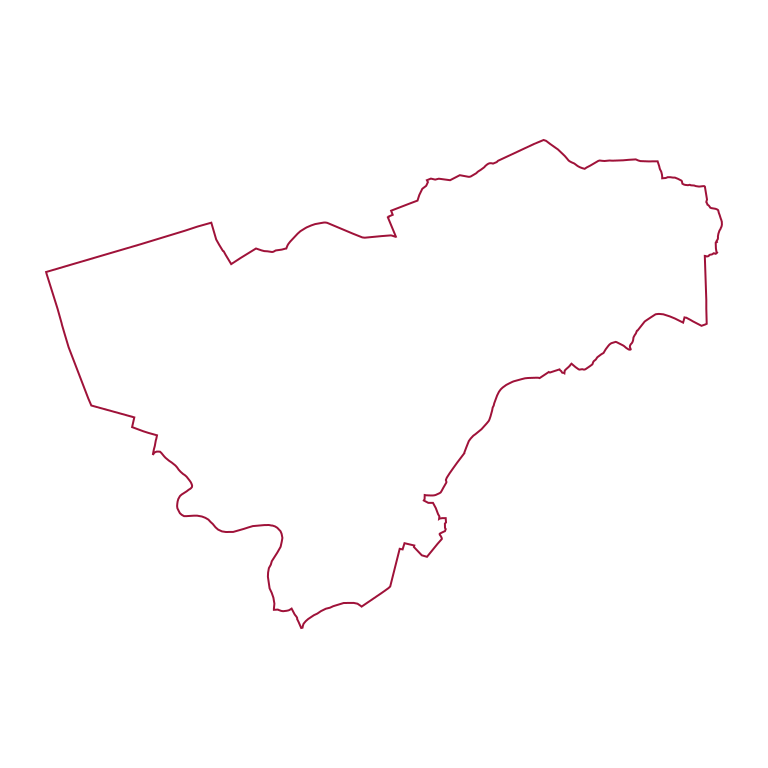 Mediesu Aurit, Satu Mare, Romania
{"feature_id": "2599482B60738001059881", "entity_name": "Mediesu Aurit", "entity_type": "district", "adm_level": 2, "iso_a3": "ROU", "parent_name": "Romania", "parent_adm1": "Satu Mare", "projection": "albers", "projection_center": [23.173, 47.794], "detail": "fine", "context": "isolated", "style": "outline", "palette": "rose", "viewbox_px": 768, "rotation_deg": 0, "n_neighbors": 0, "source": "geoboundaries", "source_scale": "gbopen_adm2", "svg_char_len": 6105}
<svg xmlns="http://www.w3.org/2000/svg" viewBox="0 0 768 768"><path d="M361.6,606.6L381.9,592.8L388.5,588.1L390.2,586.5L399.7,548.8L402.6,549.4L404.5,543.2L414.3,545.5L413.9,547.0L421.8,555.3L427.0,556.8L437.5,543.9L441.8,539.0L441.8,538.3L441.7,538.0L441.1,536.7L440.5,535.7L439.9,534.9L439.7,534.5L439.7,533.8L439.9,533.6L441.6,532.7L444.3,531.4L444.9,531.2L445.7,529.2L445.6,528.8L445.0,527.9L444.9,523.6L446.0,522.4L445.7,518.1L442.6,518.1L439.7,518.5L439.1,518.9L439.4,516.4L438.1,514.2L435.8,508.1L433.0,502.9L428.7,502.9L428.2,502.8L423.8,500.5L424.6,499.1L424.7,495.0L426.4,495.3L431.4,495.5L433.8,495.4L435.6,495.0L439.5,493.2L440.7,492.4L441.8,490.6L443.3,487.8L446.3,482.6L446.4,482.2L446.3,481.3L445.9,480.2L445.9,479.9L446.8,477.7L449.6,473.3L453.1,468.3L457.2,462.6L464.4,453.1L464.3,452.7L466.3,447.4L468.8,441.1L469.3,440.4L470.7,438.5L473.3,435.7L475.4,434.2L481.5,429.2L486.8,423.3L488.7,421.0L489.4,419.6L490.5,416.4L492.1,410.6L492.7,407.5L493.7,405.6L494.2,403.4L497.1,395.5L498.9,391.9L499.6,390.9L500.8,389.3L502.7,387.5L506.3,384.9L509.2,383.4L512.5,381.8L513.8,381.3L521.8,379.1L525.0,378.3L528.0,378.0L536.9,377.7L538.6,377.8L539.6,378.1L548.8,372.0L549.4,372.4L550.0,372.5L559.5,369.4L559.8,370.0L561.2,371.1L562.1,372.6L562.7,372.8L563.7,372.8L564.4,373.3L564.8,370.5L566.3,369.0L568.9,366.7L569.3,366.2L570.1,365.5L570.4,364.8L571.5,363.7L575.5,367.1L578.6,369.3L579.4,369.6L582.2,369.2L583.9,369.6L584.8,369.5L585.8,369.0L589.9,366.2L592.2,364.5L592.4,364.3L593.2,362.1L593.6,361.4L594.2,360.8L595.5,359.8L595.9,359.4L596.8,358.0L597.4,357.2L601.4,354.2L603.5,353.0L605.7,349.3L608.2,346.0L609.5,344.5L611.3,343.2L615.6,341.9L616.5,342.1L623.0,345.4L624.1,346.1L626.3,348.0L628.7,349.5L629.9,349.7L630.6,349.5L630.7,349.4L630.6,348.9L629.9,347.1L629.9,346.4L630.1,345.5L630.8,344.2L631.8,343.2L632.6,341.8L633.1,340.2L633.5,337.4L634.6,335.3L635.9,333.4L636.8,331.0L637.0,330.7L637.5,330.6L644.7,321.5L646.1,320.5L650.9,317.3L655.4,314.4L656.0,314.2L658.9,313.9L663.3,314.3L669.8,316.4L674.9,318.5L683.1,322.6L684.5,317.5L684.9,317.7L685.4,317.6L686.3,317.7L690.6,320.0L693.0,321.4L701.5,325.8L705.2,324.5L706.7,323.8L706.3,308.5L706.3,300.0L704.8,255.9L705.6,256.0L706.8,256.5L708.1,256.2L708.5,256.1L709.2,255.2L709.8,254.8L710.7,254.6L711.0,254.6L712.2,254.3L713.0,253.8L713.5,253.3L714.6,253.4L715.3,253.8L715.9,253.7L716.8,253.0L717.1,252.5L716.5,252.1L715.9,248.3L715.7,242.7L715.9,242.3L716.7,242.2L717.0,242.0L716.6,241.1L716.7,240.7L717.7,239.4L717.8,238.7L718.0,238.0L717.9,236.6L718.4,233.7L719.5,230.5L720.4,229.1L720.9,227.8L721.5,226.6L721.9,224.7L721.8,221.6L721.5,220.9L721.4,220.2L720.8,218.7L719.6,214.9L718.8,212.8L718.2,210.3L717.7,209.8L716.8,209.3L715.5,208.8L711.3,208.1L710.2,207.6L709.6,206.6L708.9,205.7L708.2,205.1L707.4,204.6L707.1,203.3L706.5,202.6L706.3,202.0L707.0,199.5L704.9,186.7L704.4,186.2L703.4,186.1L700.0,186.5L698.5,186.5L695.8,186.1L694.1,185.5L690.9,185.3L689.8,184.8L688.0,185.2L685.2,184.9L683.8,184.5L682.4,183.7L682.0,181.7L681.8,181.1L681.4,180.6L677.9,178.8L674.9,177.6L673.0,177.6L670.3,177.2L667.6,177.2L667.0,177.5L665.7,178.0L662.2,178.3L662.2,176.8L662.0,174.8L661.6,173.1L661.2,171.6L660.7,170.6L660.0,169.3L659.6,168.0L659.2,166.2L657.6,161.3L648.5,161.4L640.5,161.1L638.3,160.5L635.8,159.4L628.9,159.8L623.2,160.3L612.3,160.7L609.6,160.5L604.5,161.0L602.0,160.8L599.7,160.5L598.3,160.9L590.1,165.7L586.6,167.5L584.7,168.8L582.4,168.2L579.8,167.2L577.6,166.0L574.3,163.5L571.5,162.3L569.5,161.2L568.5,160.4L566.7,158.2L564.7,155.9L557.9,149.4L556.0,148.1L550.2,144.0L546.0,140.8L543.6,140.0L534.2,143.9L498.0,160.8L496.7,162.1L493.0,163.6L492.0,163.3L490.6,163.2L489.4,163.3L488.2,163.8L487.1,164.5L485.3,166.0L484.4,167.1L483.4,167.9L480.5,170.0L478.4,171.3L477.4,172.1L476.3,173.2L470.7,176.5L469.4,176.8L468.5,176.8L459.8,175.2L450.1,180.2L438.8,178.7L435.2,179.6L430.9,178.6L426.9,180.2L427.9,182.1L426.2,185.8L422.3,188.8L419.3,195.0L417.5,200.6L409.5,203.6L391.1,210.7L392.7,214.8L388.5,216.6L388.6,217.1L387.9,217.4L395.9,236.7L395.6,236.8L391.6,235.5L390.6,235.4L381.6,236.1L364.7,237.7L362.3,237.4L353.0,233.7L327.1,222.8L325.2,222.5L324.2,222.5L321.2,223.0L315.1,224.1L311.3,225.4L306.6,227.4L304.9,228.4L300.4,231.2L297.6,233.7L290.2,241.6L288.4,243.9L287.9,244.8L287.5,245.4L286.3,248.5L285.9,248.5L281.8,249.6L276.1,250.4L275.6,250.5L273.5,251.7L272.1,252.0L267.4,251.3L264.3,251.1L261.6,250.4L256.0,248.5L240.4,258.1L231.2,264.1L225.6,254.8L223.7,251.3L223.3,251.0L222.9,250.9L219.3,245.0L216.2,239.5L211.3,222.7L197.4,226.6L185.0,230.7L140.4,244.3L46.1,272.0L46.6,273.9L55.5,302.2L57.6,308.9L61.7,323.5L61.9,324.6L64.6,333.8L68.6,347.2L88.3,398.5L91.3,405.5L134.3,417.4L132.1,427.1L143.4,431.3L148.4,432.9L157.0,435.3L156.3,438.8L155.8,440.4L154.8,446.0L153.9,449.3L152.8,454.9L154.5,452.5L156.7,451.6L158.4,451.6L160.0,451.7L161.4,453.0L164.1,456.3L165.5,457.8L169.0,460.7L171.8,462.6L175.4,465.5L177.1,467.4L178.6,469.6L180.6,471.8L183.1,474.0L184.8,475.1L186.6,476.7L189.5,480.4L190.7,482.1L191.4,483.5L192.1,485.4L192.0,486.9L191.1,488.1L190.1,488.9L188.6,489.8L186.7,491.3L181.7,494.5L180.0,496.0L178.3,499.0L177.6,501.5L177.3,503.7L177.1,506.1L177.4,508.3L178.8,511.1L179.9,513.2L181.7,514.8L184.0,516.1L187.0,516.1L193.4,515.7L197.3,515.7L201.9,516.5L205.3,517.8L208.4,519.6L210.6,522.0L212.8,524.0L215.5,527.3L218.1,529.6L222.0,531.4L225.9,532.0L233.3,531.9L243.8,528.9L248.1,527.5L252.8,526.1L264.1,525.1L268.9,525.0L271.4,525.5L272.3,525.5L275.0,526.4L277.3,527.8L280.5,531.2L281.6,533.8L282.4,537.9L281.7,541.9L280.6,546.8L277.3,552.6L271.8,561.2L270.8,564.7L268.9,568.1L268.1,572.5L267.9,576.7L269.6,588.4L271.7,592.8L273.4,597.7L274.4,603.7L273.9,608.8L273.9,609.8L277.9,609.6L278.4,609.9L281.2,610.9L283.1,611.2L286.5,610.8L288.4,610.4L289.4,610.0L291.6,608.6L294.7,614.5L296.3,616.5L297.0,617.6L297.2,618.2L297.1,619.0L298.5,621.8L301.2,628.0L302.5,627.7L302.9,625.7L303.6,623.7L305.8,621.1L308.2,619.0L313.9,615.2L317.3,613.6L321.0,611.1L325.9,608.7L330.0,607.7L333.2,606.2L343.7,603.0L353.6,602.9L357.5,603.7L360.9,606.0L361.6,606.6Z" fill="none" stroke="#9f1239" stroke-width="2"/></svg>